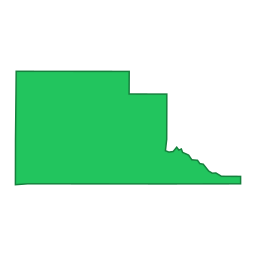 Jefferson, Idaho, United States of America
{"feature_id": "52423323B94431065830761", "entity_name": "Jefferson", "entity_type": "district", "adm_level": 2, "iso_a3": "USA", "parent_name": "United States of America", "parent_adm1": "Idaho", "projection": "robinson", "projection_center": [-112.06, 43.841], "detail": "fine", "context": "isolated", "style": "filled", "palette": "green", "viewbox_px": 256, "rotation_deg": 0, "n_neighbors": 0, "source": "geoboundaries", "source_scale": "gbopen_adm2", "svg_char_len": 491}
<svg xmlns="http://www.w3.org/2000/svg" viewBox="0 0 256 256"><path d="M16.0,93.8L15.5,139.2L15.4,184.7L27.5,183.8L52.6,183.8L165.4,183.9L240.6,183.8L240.6,176.4L221.4,176.3L215.9,173.0L212.3,173.2L208.6,171.0L203.2,164.2L199.8,163.6L197.5,160.3L191.8,159.8L188.6,155.1L182.6,152.4L181.3,149.0L178.9,150.1L176.7,147.2L173.2,151.5L168.9,152.1L165.4,150.7L166.7,139.4L166.8,105.4L166.8,94.1L129.1,94.0L129.2,71.4L16.2,71.3L16.0,93.8Z" fill="#22c55e" stroke="#15803d" stroke-width="1.5"/></svg>